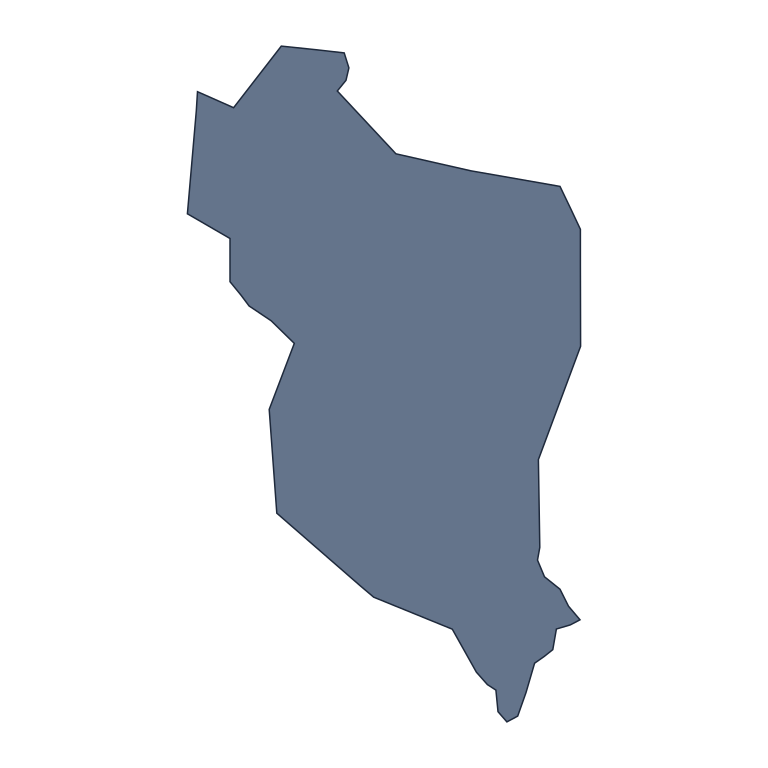 Barro Duro, Piauí, Brazil (Equal Earth projection)
{"feature_id": "56859067B99365487632822", "entity_name": "Barro Duro", "entity_type": "district", "adm_level": 2, "iso_a3": "BRA", "parent_name": "Brazil", "parent_adm1": "Piauí", "projection": "equal_earth", "projection_center": [-42.496, -5.81], "detail": "fine", "context": "isolated", "style": "filled", "palette": "slate", "viewbox_px": 768, "rotation_deg": 0, "n_neighbors": 0, "source": "geoboundaries", "source_scale": "gbopen_adm2", "svg_char_len": 700}
<svg xmlns="http://www.w3.org/2000/svg" viewBox="0 0 768 768"><path d="M344.2,52.9L315.9,49.7L281.3,46.1L233.6,107.7L197.5,91.7L196.3,110.9L187.4,213.8L230.0,238.5L230.0,281.7L241.1,295.3L249.1,306.0L271.2,320.8L294.3,343.4L269.2,409.4L276.8,513.2L359.9,585.5L373.7,597.2L452.3,629.2L476.4,672.2L487.4,684.6L495.9,690.1L498.0,711.7L506.9,721.9L517.7,716.1L526.0,692.6L534.6,663.2L544.3,656.4L552.8,649.6L556.4,629.0L570.3,624.9L580.0,619.8L568.5,606.2L560.0,589.2L544.5,576.8L537.5,560.1L539.8,547.4L538.4,459.6L580.6,346.3L580.4,264.7L580.4,229.3L570.7,208.7L560.0,186.4L470.8,170.8L395.9,153.8L337.3,91.0L346.0,80.3L348.9,67.9L344.2,52.9Z" fill="#64748b" stroke="#1e293b" stroke-width="1.5"/></svg>